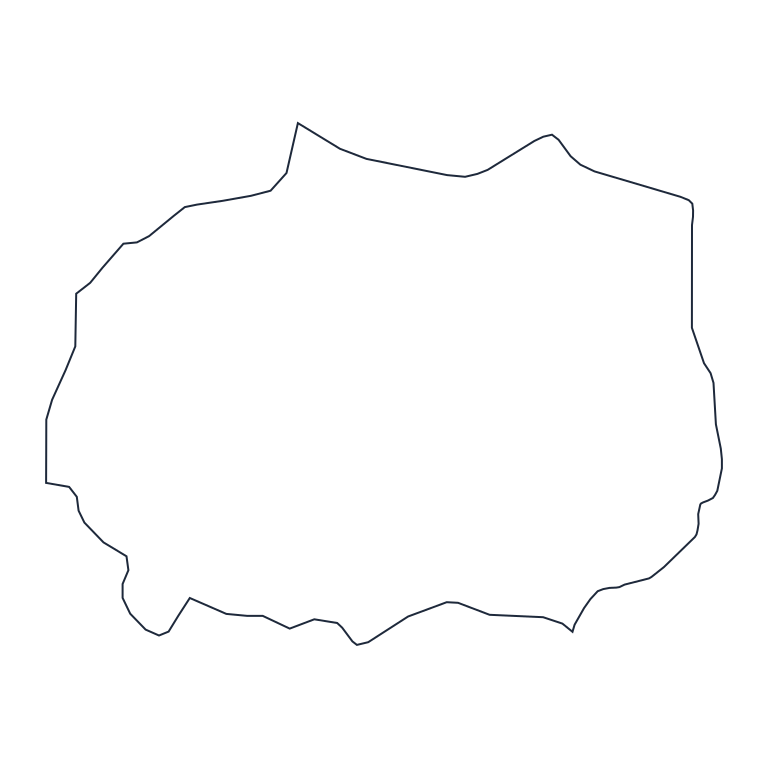 the Region of Kaffrine
{"feature_id": "SEN-5516", "entity_name": "Kaffrine", "entity_type": "Region", "adm_level": 1, "iso_a3": "SEN", "parent_name": "Senegal", "parent_adm1": "", "projection": "albers", "projection_center": [-15.14, 14.22], "detail": "fine", "context": "isolated", "style": "outline", "palette": "slate", "viewbox_px": 768, "rotation_deg": 0, "n_neighbors": 0, "source": "natural_earth", "source_scale": "10m", "svg_char_len": 1363}
<svg xmlns="http://www.w3.org/2000/svg" viewBox="0 0 768 768"><path d="M572.5,631.8L562.4,623.6L543.1,617.2L489.6,614.8L458.0,602.8L446.7,602.2L408.1,616.5L368.2,642.2L356.9,644.9L352.4,641.4L342.2,627.7L337.2,623.0L314.3,619.3L289.7,628.6L262.8,615.9L247.5,615.9L226.3,613.9L189.8,598.0L178.3,615.8L168.6,631.6L159.0,635.5L145.6,629.6L130.2,613.7L122.6,597.9L122.6,584.0L128.4,570.2L126.5,556.3L103.5,542.4L84.4,522.6L78.6,510.7L76.8,496.8L69.1,486.9L46.1,482.9L46.2,455.2L46.3,419.6L52.1,399.8L65.6,370.1L75.3,346.4L76.2,293.7L90.2,282.8L102.5,267.7L123.4,243.7L136.9,242.4L149.1,236.1L173.7,215.9L184.8,207.1L197.0,204.6L222.8,200.8L251.0,195.8L270.6,190.7L286.5,173.0L297.9,123.1L340.0,148.8L366.5,158.9L447.1,175.1L465.1,176.8L477.4,173.9L487.6,169.9L534.3,141.0L543.3,136.7L552.0,134.7L558.6,139.8L570.6,156.2L580.4,164.7L594.5,171.4L680.4,196.8L688.8,200.2L692.3,203.7L693.1,210.5L693.0,216.8L692.0,225.1L691.9,327.8L704.0,363.2L710.6,373.2L713.5,382.9L715.9,424.3L720.8,448.6L721.9,459.2L721.9,468.4L717.3,490.8L715.0,495.0L712.9,498.0L707.9,500.6L703.1,502.4L701.0,503.5L700.3,504.5L698.2,514.1L698.6,523.8L697.5,530.4L696.5,534.4L694.9,537.0L663.9,567.1L651.4,577.0L649.0,578.4L624.6,584.6L619.4,587.1L616.3,587.6L609.5,587.9L603.2,589.1L597.7,591.2L590.4,599.1L584.1,608.0L574.6,624.7L572.5,631.8Z" fill="none" stroke="#1e293b" stroke-width="2"/></svg>